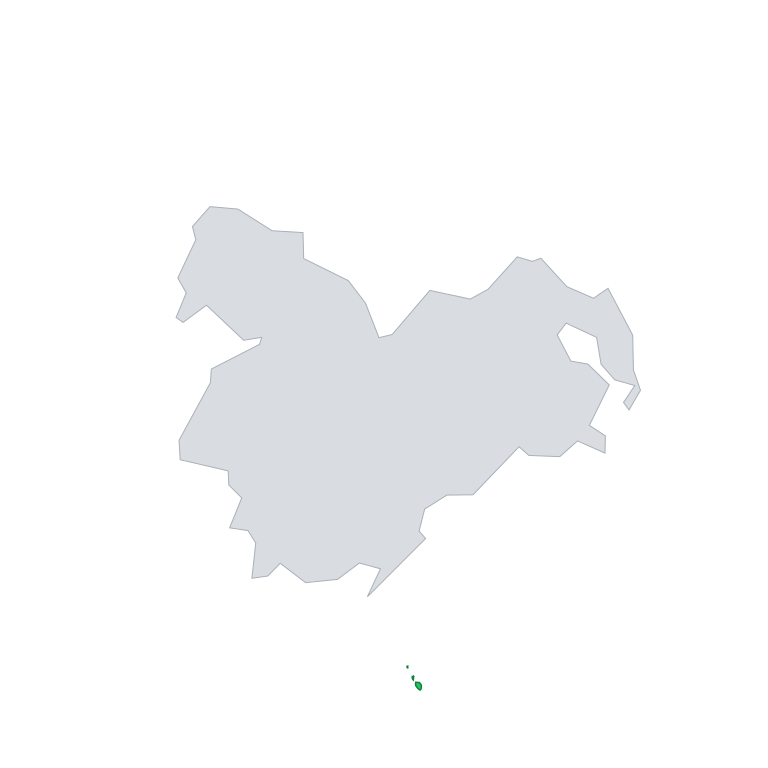 Saint Vincent and the Grenadines and the surrounding countries, rotated 137°
{"feature_id": "VCT", "entity_name": "Saint Vincent and the Grenadines", "entity_type": "country or territory", "adm_level": 0, "iso_a3": "VCT", "parent_name": "North America", "parent_adm1": "", "projection": "natural_earth1", "projection_center": [-61.257, 13.027], "detail": "fine", "context": "with_neighbors", "style": "filled", "palette": "green", "viewbox_px": 768, "rotation_deg": 137, "n_neighbors": 1, "source": "natural_earth", "source_scale": "50m", "svg_char_len": 1675}
<svg xmlns="http://www.w3.org/2000/svg" viewBox="0 0 768 768"><g transform="rotate(137 384 384)"><path d="M557.2,426.7L584.7,467.6L572.3,482.6L509.9,503.4L500.1,512.7L448.0,497.9L441.6,501.5L456.8,511.7L460.1,562.7L488.9,566.1L490.7,574.4L466.5,585.5L462.5,602.2L423.3,617.8L416.7,629.8L390.3,632.4L371.6,611.6L361.3,572.4L340.0,550.0L357.2,530.5L339.6,483.9L342.4,455.7L356.1,421.3L344.2,414.6L286.7,421.2L263.0,387.3L243.4,382.3L199.8,386.1L191.8,372.4L183.5,369.1L183.9,330.5L172.3,303.8L154.9,301.2L168.8,250.1L192.0,224.2L200.7,204.5L222.5,197.9L221.4,207.2L201.6,211.8L212.4,229.7L211.8,250.3L196.7,273.1L209.3,304.3L223.9,301.8L231.7,273.3L221.3,259.5L219.9,229.7L262.0,213.7L257.5,195.1L269.5,182.7L281.3,210.4L305.0,211.0L326.8,233.0L328.0,246.0L394.5,242.3L413.8,259.9L439.6,264.8L458.6,252.5L459.0,242.6L541.3,239.7L512.6,251.3L524.2,269.9L551.2,272.8L576.8,292.2L582.2,323.7L599.9,322.8L613.1,332.0L586.3,355.1L583.4,369.5L595.0,384.1L565.7,397.7L566.4,415.9L557.2,426.7Z" fill="#d9dde1" stroke="#a8b0b8" stroke-width="1"/><path d="M565.2,143.5L564.2,144.2L561.7,141.5L562.0,138.4L563.5,136.7L564.9,135.7L566.4,135.6L566.9,138.2L566.5,141.8L565.2,143.5ZM563.4,150.0L562.9,150.4L563.2,150.4L562.9,150.7L562.7,150.4L562.5,150.2L562.1,150.1L561.7,150.2L561.7,149.9L562.2,150.0L563.0,149.9L563.0,149.5L562.8,149.3L562.7,149.1L563.0,148.7L563.9,148.1L564.3,147.7L564.3,147.8L564.4,148.0L564.5,148.2L564.1,148.8L563.4,150.0ZM559.8,161.8L559.5,161.8L559.2,161.6L559.6,161.4L559.8,161.2L559.7,160.8L559.8,160.4L560.1,160.2L560.3,160.2L560.4,160.3L560.5,160.7L560.3,161.0L560.1,161.2L560.0,161.5L559.8,161.8Z" fill="#22c55e" stroke="#15803d" stroke-width="1.5"/></g></svg>